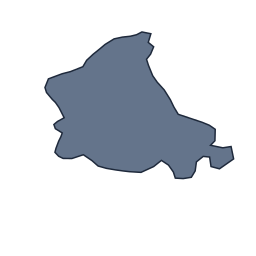 Prastio Ammochostou, Cyprus, rotated 325°
{"feature_id": "46923920B46952699508518", "entity_name": "Prastio Ammochostou", "entity_type": "district", "adm_level": 2, "iso_a3": "CYP", "parent_name": "Cyprus", "parent_adm1": "", "projection": "robinson", "projection_center": [33.764, 35.159], "detail": "fine", "context": "isolated", "style": "filled", "palette": "slate", "viewbox_px": 256, "rotation_deg": 325, "n_neighbors": 0, "source": "geoboundaries", "source_scale": "gbopen_adm2", "svg_char_len": 1002}
<svg xmlns="http://www.w3.org/2000/svg" viewBox="0 0 256 256"><g transform="rotate(325 128 128)"><path d="M64.5,120.8L76.1,124.3L79.8,134.1L81.7,142.0L87.2,148.7L94.0,155.4L99.4,160.4L104.0,164.5L113.2,171.8L126.9,174.3L136.8,173.7L139.9,181.6L139.9,190.1L138.0,196.2L144.2,201.1L151.6,204.7L158.4,201.7L164.6,195.0L173.3,194.4L178.2,198.6L173.9,207.2L179.5,213.9L188.1,213.9L196.8,213.9L201.8,202.3L194.3,198.6L185.7,189.5L191.9,188.3L198.7,179.1L196.2,172.4L191.9,165.7L183.8,154.8L177.0,145.6L177.6,137.1L178.9,129.2L179.5,117.6L178.2,107.3L178.2,99.4L180.7,88.4L182.6,82.3L188.8,80.5L195.6,76.2L193.7,69.5L200.8,63.9L194.5,57.3L188.5,56.5L182.6,54.2L175.5,50.3L167.7,47.0L157.2,46.4L150.4,47.0L141.7,47.6L133.0,48.8L126.2,51.9L113.2,48.8L105.2,45.8L91.0,42.1L83.2,47.2L81.6,52.2L82.4,61.2L83.2,65.5L83.2,71.7L81.6,83.0L74.0,82.2L69.3,82.6L68.1,86.9L71.3,94.3L68.1,96.6L63.7,99.0L57.4,103.3L54.2,106.0L55.0,111.4L57.4,115.7L64.5,120.8Z" fill="#64748b" stroke="#1e293b" stroke-width="1.5"/></g></svg>